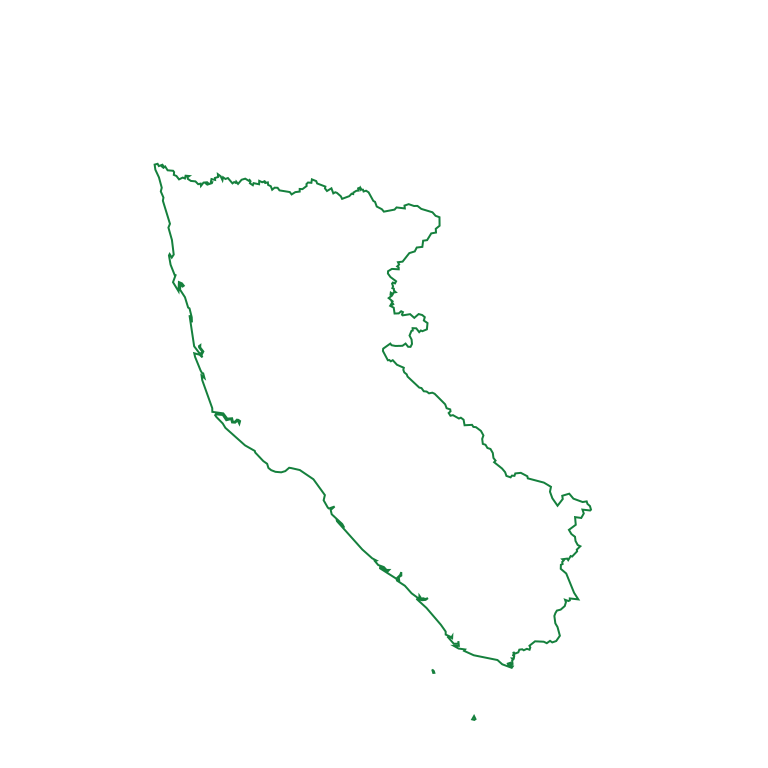 Maintirano, Melaky, Madagascar (Natural Earth projection), rotated 320°
{"feature_id": "10022922B40533998311047", "entity_name": "Maintirano", "entity_type": "district", "adm_level": 2, "iso_a3": "MDG", "parent_name": "Madagascar", "parent_adm1": "Melaky", "projection": "natural_earth1", "projection_center": [44.435, -17.734], "detail": "fine", "context": "isolated", "style": "outline", "palette": "green", "viewbox_px": 768, "rotation_deg": 320, "n_neighbors": 0, "source": "geoboundaries", "source_scale": "gbopen_adm2", "svg_char_len": 6143}
<svg xmlns="http://www.w3.org/2000/svg" viewBox="0 0 768 768"><g transform="rotate(320 384 384)"><path d="M349.3,68.5L346.6,72.9L344.4,81.1L339.9,90.8L336.8,93.0L334.9,99.4L332.4,101.5L323.0,123.7L319.4,125.6L314.1,137.4L306.1,149.7L302.7,150.7L303.3,146.7L301.9,147.3L297.2,155.4L293.4,166.8L295.1,166.2L287.8,170.4L286.2,180.9L292.4,174.1L293.9,177.0L293.8,180.0L292.4,179.9L292.1,177.0L288.4,180.6L287.3,189.6L283.1,199.5L283.6,201.1L279.6,209.3L276.5,213.3L279.2,206.3L262.8,233.1L262.4,241.2L263.4,243.1L265.6,242.6L265.9,237.2L266.6,236.1L268.2,236.2L266.7,237.8L266.5,243.0L262.8,244.5L262.0,246.8L261.6,243.1L258.4,238.5L256.7,241.8L252.1,256.0L251.6,259.2L252.3,259.7L250.3,264.0L249.6,260.4L247.2,264.3L236.9,292.1L234.6,295.0L242.0,303.2L241.7,309.8L245.6,312.6L244.0,315.8L245.3,317.0L248.5,316.8L249.1,318.0L248.0,320.4L249.6,318.8L249.9,319.9L247.6,321.5L248.5,317.9L245.1,317.9L242.9,315.8L244.4,312.6L239.9,310.4L240.6,304.1L235.6,299.1L234.6,299.4L234.4,301.5L235.1,310.6L234.3,315.6L238.1,341.7L242.0,352.2L241.3,353.7L242.0,365.5L243.2,370.0L241.5,374.0L242.2,377.5L244.4,381.5L248.5,385.6L252.4,387.3L257.5,387.2L258.9,388.8L264.2,395.8L268.7,411.6L267.3,431.1L263.0,434.3L261.5,442.6L261.8,444.0L267.4,446.1L262.2,446.2L260.2,450.2L262.0,464.5L261.2,468.5L260.3,457.9L259.8,458.9L261.0,496.8L262.9,509.9L264.7,514.4L263.2,513.8L263.2,518.9L266.2,524.1L266.4,528.0L268.4,529.7L265.6,530.0L264.1,523.4L263.2,522.0L262.5,522.7L268.3,541.1L273.6,540.7L276.3,539.2L274.1,541.9L271.1,541.5L269.5,544.0L268.0,542.0L267.6,543.0L270.3,552.0L270.6,562.1L272.4,569.6L273.4,570.8L275.0,569.0L274.5,573.5L276.2,573.2L277.5,575.3L280.0,576.3L277.1,576.1L274.2,574.1L270.8,569.4L272.6,582.9L272.8,605.1L272.1,613.3L270.2,615.6L272.9,621.4L274.2,621.0L272.8,622.5L271.6,619.1L270.3,619.1L270.5,627.8L274.0,630.7L275.7,628.8L273.0,632.7L269.2,629.5L271.1,634.6L275.5,639.5L273.8,639.9L278.4,649.5L293.5,668.4L294.4,674.7L299.4,683.5L301.2,683.0L298.7,679.2L299.1,677.8L301.6,678.8L300.9,680.4L302.5,681.1L304.5,678.1L305.7,678.1L305.7,676.5L307.1,677.6L308.9,676.1L308.2,674.1L309.3,675.3L310.0,673.9L310.6,675.3L310.8,672.4L311.2,674.8L314.4,675.9L316.9,674.5L319.4,676.1L319.9,677.8L323.2,678.7L324.7,681.1L326.7,679.9L327.2,678.0L334.3,678.2L340.7,684.1L342.1,687.2L346.1,687.5L346.8,690.1L350.7,691.6L356.9,689.9L360.7,681.7L361.4,677.5L365.4,671.2L368.0,669.7L370.8,668.7L374.3,670.4L379.7,670.3L383.1,668.1L384.0,665.7L385.8,668.8L387.3,669.2L388.5,667.7L394.4,673.9L395.4,666.1L401.8,646.3L400.6,639.2L403.3,636.2L405.1,636.7L406.1,634.9L408.2,634.7L408.0,632.9L412.1,635.5L411.9,637.3L416.4,635.8L417.2,637.1L424.4,636.3L425.2,634.8L430.1,634.5L428.9,631.8L429.8,627.4L432.1,623.8L431.1,619.5L431.9,614.6L440.4,615.1L444.8,608.8L449.0,613.4L453.8,611.6L455.3,607.8L460.6,613.4L461.8,613.3L463.3,609.9L462.8,606.6L463.8,604.2L460.3,602.1L455.4,593.6L455.4,587.1L448.7,584.2L447.0,587.0L438.7,588.8L439.5,579.8L441.9,573.2L445.8,570.1L443.1,562.3L433.5,548.7L434.5,546.8L431.7,540.0L427.1,536.9L424.9,538.2L423.1,536.4L421.0,536.9L418.7,533.1L420.1,529.4L420.1,524.6L418.1,514.7L420.2,514.4L420.3,511.0L423.0,506.8L423.8,502.2L422.1,499.5L422.7,495.8L421.2,493.4L423.9,489.2L427.1,487.3L428.1,482.3L426.7,476.2L424.9,474.3L425.2,471.9L419.2,467.4L422.0,462.5L421.2,459.2L419.2,458.6L416.8,452.2L414.5,451.0L414.9,447.8L417.4,447.7L418.4,446.0L416.4,442.8L417.8,438.9L416.5,424.0L415.4,421.7L412.5,420.1L411.8,417.2L409.8,415.1L410.1,411.2L408.7,409.4L406.8,393.5L407.6,391.2L407.0,388.1L407.9,385.6L409.6,384.3L406.3,377.6L406.0,371.4L403.8,371.0L403.5,369.1L402.2,368.3L404.4,358.0L406.1,356.4L414.8,357.1L414.7,359.1L417.2,362.2L422.7,366.6L426.5,366.9L426.4,371.0L428.2,372.6L431.2,371.3L433.7,367.7L434.7,363.3L439.1,361.0L440.4,361.5L441.8,359.6L444.5,362.1L444.3,366.9L446.6,366.7L447.3,368.2L452.0,369.7L456.5,365.3L455.3,361.0L458.2,359.0L457.6,355.7L455.5,352.7L449.7,352.8L448.9,347.3L442.4,343.4L442.3,342.4L444.7,341.1L443.9,339.3L440.7,339.4L437.4,336.8L440.5,331.8L439.0,328.1L440.5,327.8L440.8,326.6L441.0,328.6L442.4,328.8L442.7,326.1L443.7,326.1L442.8,321.2L446.9,321.4L447.5,320.5L446.5,319.7L447.9,318.4L448.6,320.8L450.1,320.1L452.0,321.2L451.7,318.9L452.8,317.3L452.0,316.0L453.8,314.9L454.7,312.3L456.0,312.0L457.1,314.0L459.3,313.1L457.7,306.2L458.0,301.9L459.6,300.2L464.0,300.9L469.0,305.6L470.2,304.1L469.7,302.4L472.4,302.2L473.0,299.7L476.9,302.2L487.5,300.0L492.8,302.2L496.8,300.5L501.5,303.6L506.1,299.4L509.5,301.5L517.0,299.0L521.2,301.4L523.4,298.4L528.3,298.5L533.7,291.9L531.6,288.3L531.5,283.6L525.1,273.8L524.1,269.1L521.4,266.9L518.5,262.1L514.4,260.5L512.8,262.9L507.1,256.8L504.2,257.2L494.7,251.9L494.7,248.7L492.5,243.4L494.2,238.7L493.5,236.9L495.4,227.3L494.5,224.4L492.1,223.4L492.8,221.6L491.7,220.7L492.0,218.8L491.1,219.5L491.3,217.9L489.9,217.5L488.8,219.5L487.0,218.2L483.6,217.7L482.5,218.7L481.5,217.4L478.2,217.8L470.9,215.2L471.6,212.5L470.8,207.3L469.9,205.8L467.7,205.4L469.5,200.3L464.4,199.5L464.5,196.2L466.0,195.1L461.7,187.4L462.5,185.0L460.3,180.9L457.7,183.2L455.3,180.8L453.1,181.0L452.0,182.6L446.8,182.3L444.8,180.4L443.1,182.4L439.4,180.0L435.1,179.4L435.2,176.4L428.4,168.5L428.6,165.3L426.4,163.3L423.2,163.3L424.4,159.7L423.2,157.0L424.6,154.9L422.2,153.7L422.0,152.3L423.0,153.2L422.9,151.9L420.4,151.2L419.0,148.2L416.7,150.7L413.2,146.3L411.3,147.4L410.3,144.0L412.1,142.9L412.2,141.3L411.0,141.4L409.7,137.5L406.2,136.0L400.8,136.9L400.9,133.9L399.7,134.6L399.0,133.0L396.9,132.9L396.8,125.9L394.3,125.0L393.6,122.2L391.3,124.0L392.4,119.9L391.6,116.5L390.0,118.8L386.9,117.5L385.8,119.1L383.6,116.1L381.1,118.1L382.1,119.0L381.2,119.5L376.8,117.7L376.5,116.2L378.3,116.7L378.2,115.8L375.2,113.7L371.1,114.6L372.3,112.6L370.1,111.5L369.8,107.6L366.6,104.3L365.6,100.9L366.3,99.3L368.5,99.5L365.9,96.9L363.6,98.6L362.5,96.5L358.5,95.5L358.7,91.2L357.4,88.7L359.4,86.8L359.5,85.1L355.6,81.2L356.2,76.7L354.0,76.6L353.6,74.2L355.1,74.7L355.2,73.6L351.6,72.3L352.1,69.8L349.3,68.5ZM238.7,699.5L239.5,696.3L236.0,697.6L237.3,699.4L238.7,699.5ZM236.9,637.6L237.6,636.0L237.4,633.7L236.0,637.0L236.9,637.6Z" fill="none" stroke="#15803d" stroke-width="2"/></g></svg>